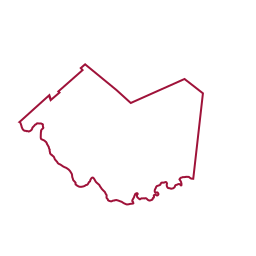 the district of Nuevo Laredo, Tamaulipas, Mexico, rotated 134°
{"feature_id": "50627088B36584167330730", "entity_name": "Nuevo Laredo", "entity_type": "district", "adm_level": 2, "iso_a3": "MEX", "parent_name": "Mexico", "parent_adm1": "Tamaulipas", "projection": "robinson", "projection_center": [-99.568, 27.475], "detail": "fine", "context": "isolated", "style": "outline", "palette": "rose", "viewbox_px": 256, "rotation_deg": 134, "n_neighbors": 0, "source": "geoboundaries", "source_scale": "gbopen_adm2", "svg_char_len": 5668}
<svg xmlns="http://www.w3.org/2000/svg" viewBox="0 0 256 256"><g transform="rotate(134 128 128)"><path d="M112.0,203.1L117.7,203.6L117.9,200.9L150.1,203.5L150.1,201.9L161.7,203.0L160.5,205.4L160.1,205.2L159.0,207.4L178.7,208.8L199.0,210.2L198.9,210.0L198.9,209.6L199.0,209.3L199.1,208.9L199.5,208.0L200.4,206.3L200.9,205.5L201.3,204.8L201.5,204.3L201.9,203.2L202.0,202.9L202.1,202.4L202.0,201.0L201.9,200.6L201.2,199.7L200.8,199.2L200.7,198.9L200.7,198.7L200.0,198.1L199.8,197.8L199.7,197.5L199.6,197.1L199.2,196.8L198.5,196.5L197.9,196.3L197.2,196.2L196.6,196.1L196.0,196.2L195.6,196.3L195.2,196.4L194.3,196.9L193.9,197.0L193.6,197.0L191.6,197.0L190.2,197.1L189.7,197.0L189.2,196.7L188.9,196.6L188.3,196.7L188.1,196.7L187.8,196.6L187.5,196.3L186.0,194.5L185.7,194.3L185.3,193.9L185.2,193.8L184.9,192.8L184.6,192.3L184.6,192.0L184.6,191.8L184.8,191.4L185.4,191.0L185.7,190.6L186.1,190.0L186.4,189.7L186.5,189.4L186.6,189.1L187.0,188.9L187.6,188.9L188.4,189.0L188.9,189.0L189.3,189.0L190.3,188.7L190.8,188.1L191.3,187.9L192.7,186.7L193.8,185.7L195.0,184.6L195.7,183.9L196.0,183.4L196.2,183.0L196.2,182.8L196.2,182.5L195.8,181.3L195.4,180.3L195.1,179.2L195.1,178.7L195.1,177.9L195.1,177.7L195.0,177.4L195.0,177.1L195.2,176.4L195.4,175.7L195.6,175.6L195.7,175.4L195.9,174.8L196.1,173.8L196.4,173.0L196.5,172.5L196.7,171.8L197.2,171.2L197.7,170.1L197.9,169.7L197.9,169.4L198.1,169.2L198.3,169.0L198.6,168.8L198.9,168.5L199.1,168.2L199.3,167.8L199.5,167.5L200.1,166.7L200.3,166.5L200.4,166.2L200.5,165.6L200.5,164.9L200.5,164.3L200.3,164.1L200.3,163.9L200.4,163.2L200.3,162.4L200.2,161.6L200.4,161.0L200.5,160.7L201.2,159.1L201.4,158.7L201.4,157.6L201.5,157.2L201.6,155.5L201.9,154.5L202.0,153.9L201.9,153.1L201.8,152.7L201.7,152.3L201.5,151.9L201.3,151.4L201.2,150.9L201.1,150.4L200.9,149.1L200.8,148.3L200.5,147.3L200.4,146.8L199.6,144.8L199.5,144.4L199.3,143.0L199.1,142.0L199.2,140.2L199.3,139.5L199.9,137.2L200.1,136.5L200.3,136.2L200.6,135.7L201.7,134.4L202.2,133.7L202.7,132.6L203.2,131.8L203.5,131.2L203.6,130.7L203.6,129.8L203.7,128.3L203.8,127.9L203.9,127.5L204.1,127.4L204.7,127.0L204.8,126.8L205.0,126.4L204.9,125.9L204.8,124.6L204.7,124.2L204.6,123.9L204.4,123.1L204.3,122.8L204.1,122.4L203.6,121.6L203.0,121.0L202.7,120.7L201.3,119.7L200.0,119.0L199.6,118.9L199.1,118.8L198.8,118.8L198.5,118.7L197.5,118.1L197.2,118.0L197.0,117.9L196.4,117.9L195.4,118.1L194.8,118.3L194.1,118.5L193.7,118.4L193.2,118.3L192.8,118.3L191.9,118.7L191.7,118.9L191.2,119.1L190.7,119.2L189.8,119.4L189.3,119.4L188.9,119.4L188.4,119.1L188.1,118.9L188.0,118.3L188.0,117.6L188.3,116.3L188.6,115.3L188.7,115.0L189.0,114.0L189.1,113.1L189.1,112.7L188.9,109.1L189.0,108.8L189.3,107.9L189.5,107.2L189.6,106.4L189.8,105.5L190.0,104.7L190.1,102.5L190.1,101.4L190.1,100.2L190.5,99.1L190.7,98.7L191.0,97.6L191.0,97.2L191.3,96.6L191.5,96.4L192.7,95.4L192.9,95.2L193.2,94.7L193.3,93.7L193.3,93.4L193.3,93.0L193.8,92.2L193.8,91.9L193.7,91.4L193.4,90.8L193.1,90.1L192.5,89.2L192.3,89.0L190.6,88.3L190.0,87.8L189.7,87.5L189.3,87.4L188.9,87.1L188.5,86.8L188.1,86.5L187.7,86.1L187.6,85.7L187.1,84.9L185.7,81.7L185.5,81.4L185.2,79.7L184.9,78.4L184.4,77.1L184.1,76.3L183.9,75.9L183.5,75.5L183.1,75.1L182.5,74.6L180.9,73.6L180.3,73.1L179.1,72.1L178.8,71.9L178.6,71.9L178.4,71.9L178.3,72.1L177.8,72.8L177.7,73.1L177.6,73.5L177.7,73.9L177.6,74.1L177.5,74.3L176.6,74.8L174.3,75.4L173.6,75.6L172.2,76.3L171.7,76.4L170.9,76.8L170.6,76.9L170.4,76.9L170.1,76.9L169.9,76.8L169.6,76.7L169.4,76.7L169.1,76.6L168.7,76.3L168.6,76.2L168.5,75.9L168.5,75.5L168.6,75.4L168.9,75.1L169.7,75.1L170.0,75.0L170.3,74.8L170.6,74.4L170.9,74.0L171.3,73.3L171.3,72.0L171.2,70.6L171.2,70.3L171.1,70.1L171.0,69.9L170.8,69.8L169.8,69.6L169.4,69.5L169.1,69.3L168.8,68.9L167.7,67.9L167.4,67.6L167.3,67.3L167.0,67.0L166.7,66.9L166.2,66.5L166.1,66.3L166.0,66.1L165.9,65.4L165.9,63.8L165.8,63.4L165.7,63.0L165.5,62.7L165.4,62.3L165.2,62.1L164.7,61.7L164.1,61.4L163.5,61.1L163.3,61.0L163.1,61.0L162.8,61.0L162.6,61.0L162.5,60.8L162.2,60.8L161.3,61.3L161.1,61.4L160.8,61.3L160.2,61.1L159.6,61.4L159.4,61.5L159.2,61.8L159.1,62.1L158.9,62.3L158.7,62.5L158.4,62.6L158.1,62.6L157.9,62.6L157.6,62.5L157.3,62.3L157.0,62.1L156.8,61.8L156.7,61.1L156.5,60.4L156.2,60.1L155.8,59.9L155.0,59.9L154.7,60.0L154.4,60.2L154.2,60.5L153.9,61.5L153.9,61.9L154.0,62.1L154.1,62.4L154.4,62.6L154.8,62.7L155.0,62.9L155.2,63.1L155.3,63.4L155.4,63.7L155.4,64.0L155.3,64.3L154.9,64.9L154.6,65.2L154.0,65.6L153.7,65.8L152.0,66.3L151.3,66.6L150.4,66.9L150.0,66.9L149.8,66.9L149.4,66.7L148.6,66.3L147.2,65.6L146.6,65.4L146.2,65.4L145.9,65.5L145.7,65.6L145.5,65.8L145.3,65.9L144.9,65.9L144.6,65.9L144.2,65.9L143.9,65.8L143.7,65.5L143.5,65.4L142.9,64.9L142.6,64.4L142.0,64.0L141.2,63.7L140.8,63.4L140.6,63.2L140.4,62.7L140.6,61.9L140.9,61.3L141.1,61.2L142.0,60.7L142.6,60.0L143.0,59.3L143.2,58.7L143.3,58.4L143.3,58.1L143.3,57.4L143.1,57.1L142.4,56.2L141.9,55.2L141.8,54.9L141.4,54.5L141.0,54.3L140.3,53.8L139.9,53.6L139.6,53.5L139.1,53.5L138.2,53.4L137.5,53.6L137.2,53.8L136.8,54.0L136.2,54.1L135.9,54.0L135.2,53.6L134.8,53.4L134.4,53.2L133.5,52.9L133.1,52.6L132.8,52.3L132.6,51.9L132.5,51.5L132.5,51.0L132.6,50.2L132.3,49.9L132.2,49.8L131.9,49.9L130.8,51.0L130.5,51.6L130.2,52.0L130.0,52.3L129.8,52.9L129.3,54.5L129.3,55.0L129.2,55.3L128.8,55.4L128.0,55.5L127.6,55.5L127.0,55.4L126.8,55.3L126.6,55.1L126.3,54.9L125.3,54.5L124.9,54.1L124.4,53.5L123.7,53.0L123.4,52.7L123.2,52.5L122.8,52.4L122.5,52.1L122.4,51.9L122.2,51.6L121.9,51.4L121.1,50.5L120.9,50.2L120.9,49.8L120.8,48.9L120.7,48.4L120.7,48.2L120.6,47.7L120.4,47.3L120.0,46.8L119.8,46.5L119.2,45.8L51.0,98.2L53.5,121.4L108.1,143.4L108.7,162.5L112.0,203.1Z" fill="none" stroke="#9f1239" stroke-width="2"/></g></svg>